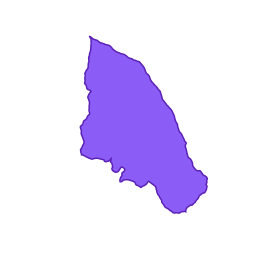 Ruepisa, Wangdi Phodrang, Bhutan (Equal Earth projection), rotated 157°
{"feature_id": "84629894B47901648046717", "entity_name": "Ruepisa", "entity_type": "district", "adm_level": 2, "iso_a3": "BTN", "parent_name": "Bhutan", "parent_adm1": "Wangdi Phodrang", "projection": "equal_earth", "projection_center": [89.954, 27.397], "detail": "fine", "context": "isolated", "style": "filled", "palette": "violet", "viewbox_px": 256, "rotation_deg": 157, "n_neighbors": 0, "source": "geoboundaries", "source_scale": "gbopen_adm2", "svg_char_len": 5745}
<svg xmlns="http://www.w3.org/2000/svg" viewBox="0 0 256 256"><g transform="rotate(157 128 128)"><path d="M181.3,121.4L180.1,120.8L176.0,115.8L173.4,113.4L171.6,113.2L169.1,112.6L167.5,111.8L162.6,108.1L162.6,106.5L162.0,105.9L161.7,105.7L161.1,105.5L160.2,105.4L159.9,105.3L159.6,105.2L159.3,105.1L158.6,105.1L157.8,105.5L156.3,106.1L155.6,106.4L155.9,105.8L156.1,105.2L157.1,104.2L157.2,103.7L157.1,103.0L156.7,102.1L156.8,100.6L157.1,99.4L157.6,97.7L158.5,97.3L158.9,96.4L158.8,94.8L158.3,94.1L157.8,93.2L156.7,92.1L156.0,91.9L154.8,91.7L153.9,91.8L152.8,92.5L152.6,92.7L152.2,93.1L151.1,93.6L150.4,94.2L150.1,94.3L149.8,94.4L149.5,94.5L149.1,94.7L148.8,94.5L148.6,94.2L148.2,93.8L147.9,93.2L147.7,92.9L147.5,92.6L147.3,92.2L147.2,91.9L147.2,91.5L147.3,91.1L147.4,90.7L147.7,90.2L149.2,89.4L150.3,89.3L150.6,89.2L150.9,89.0L151.3,88.6L151.5,88.1L151.6,87.8L151.8,87.3L152.0,86.9L152.3,86.5L152.7,86.3L153.7,85.6L154.0,85.4L155.2,84.1L156.0,82.9L156.3,81.7L155.6,81.2L154.3,81.2L153.5,81.7L153.1,81.6L151.9,81.8L150.5,81.3L149.3,81.0L147.4,79.8L144.9,77.6L143.8,76.6L143.1,75.7L142.8,75.2L142.9,73.1L142.5,72.0L141.3,71.2L140.3,69.7L139.5,68.4L139.0,68.2L138.5,68.4L137.6,68.6L136.8,68.7L135.8,68.6L133.1,69.1L132.5,69.5L132.1,69.7L131.5,70.2L130.8,70.7L130.2,70.8L129.6,70.6L128.5,68.7L125.9,64.2L125.6,63.4L125.6,62.5L125.7,61.3L126.0,60.4L126.0,59.3L126.4,57.9L126.5,55.3L126.2,54.6L125.9,53.3L126.0,52.2L125.9,51.8L125.8,51.5L125.8,51.1L125.8,50.5L125.5,49.5L125.4,48.9L125.4,48.6L125.5,47.6L125.9,46.5L125.9,46.2L125.5,45.1L125.1,42.8L124.9,41.3L124.6,40.3L124.0,39.6L123.0,38.4L122.6,37.7L122.0,36.9L121.6,35.7L121.0,35.1L120.7,34.5L120.3,34.0L119.9,32.9L119.7,32.6L119.4,32.3L119.0,32.0L118.7,31.8L118.3,31.5L117.4,31.3L116.5,31.1L116.1,30.9L115.7,30.6L115.4,30.3L114.9,30.0L114.3,29.8L113.7,29.6L113.3,29.7L112.8,29.8L112.1,30.0L111.5,30.0L110.8,29.8L110.3,29.6L109.7,29.4L108.6,29.2L108.3,29.1L107.6,28.3L107.2,29.0L107.0,29.8L106.7,30.2L106.1,30.7L104.6,31.8L104.1,32.0L103.7,32.1L103.4,32.0L102.0,32.3L100.6,32.6L99.4,32.1L98.9,32.0L98.6,32.1L97.7,32.5L96.8,33.0L96.5,33.1L95.8,33.2L95.3,33.4L94.9,33.6L94.4,34.0L93.9,34.5L92.8,35.0L91.3,35.6L90.5,36.1L90.3,36.3L89.4,37.3L89.1,37.6L88.4,37.9L88.1,38.1L87.6,38.0L87.2,38.1L86.3,38.5L85.3,38.6L84.9,38.8L84.1,38.7L83.5,38.6L83.0,38.4L82.7,38.5L82.2,38.8L80.8,40.0L80.2,40.3L79.8,40.9L78.2,43.2L78.1,43.6L78.0,44.3L78.1,44.8L78.2,45.2L78.2,45.6L78.0,45.8L77.7,46.1L77.1,46.6L76.7,47.0L76.5,47.4L76.4,47.8L76.3,48.6L76.1,49.0L75.6,49.5L75.3,49.7L75.1,49.9L74.8,50.5L74.7,51.0L74.9,52.1L75.2,52.9L75.7,53.6L76.9,55.1L77.3,55.8L77.4,56.2L77.4,56.8L77.5,57.3L77.6,57.9L77.8,58.3L77.9,58.9L77.9,59.2L78.2,60.1L78.3,60.4L78.7,60.7L79.2,60.9L79.5,61.0L80.2,61.1L81.5,62.2L82.2,63.8L82.7,65.8L83.3,67.6L82.7,69.4L82.3,71.3L82.3,73.2L82.7,75.3L83.8,76.9L84.0,78.6L83.7,80.8L83.3,82.7L82.9,85.1L82.7,86.2L82.6,87.7L82.5,88.3L82.5,88.8L82.2,89.3L81.9,89.8L80.9,90.6L80.5,91.0L80.3,91.6L80.3,92.1L80.6,92.8L81.0,93.8L80.8,95.9L81.0,98.0L81.0,99.5L81.1,100.8L81.1,101.3L81.2,102.0L81.4,102.6L81.6,103.3L81.9,103.9L82.1,104.6L82.0,106.6L81.9,107.2L81.8,109.1L81.7,110.0L81.4,110.8L81.3,111.4L81.1,111.8L81.2,112.3L81.1,112.9L81.4,114.4L81.5,115.6L81.2,118.5L80.8,120.5L80.7,122.4L80.8,124.3L80.8,126.0L81.0,127.6L81.2,128.1L81.4,128.6L81.4,129.0L81.6,129.5L81.8,129.8L82.0,130.3L82.4,131.7L82.6,132.6L83.2,133.6L83.5,134.9L83.8,136.3L84.0,137.0L84.1,137.6L84.3,138.3L84.5,138.8L84.7,139.6L85.0,140.2L85.0,140.8L85.1,141.4L85.0,142.0L84.8,142.7L84.8,143.4L84.7,143.9L84.5,144.5L84.5,145.1L84.4,145.8L84.4,146.3L84.3,146.7L84.3,147.3L84.1,148.9L84.1,149.4L84.3,150.1L84.6,150.6L84.8,151.1L85.0,151.6L85.2,152.7L85.4,154.0L85.6,154.7L86.3,156.2L86.5,156.8L87.0,158.2L87.2,158.8L87.3,159.4L87.7,160.1L87.8,160.8L88.1,161.2L88.4,163.4L88.3,165.6L88.2,167.5L88.7,169.5L89.6,170.8L89.8,172.7L89.6,175.1L89.6,177.3L90.0,179.2L90.5,181.0L91.1,182.7L91.7,184.6L93.6,186.0L94.7,187.3L96.4,188.5L97.4,190.3L99.5,191.8L100.6,193.3L101.4,195.2L102.6,197.0L105.4,199.2L106.6,200.5L108.7,202.4L109.8,204.1L110.8,205.7L112.0,209.3L112.0,209.6L112.5,210.4L112.8,211.2L113.4,211.6L114.6,212.6L115.6,213.3L116.1,213.7L117.4,215.1L119.3,216.6L120.5,217.7L121.3,219.2L122.1,220.7L123.6,221.9L125.5,223.8L126.5,225.9L127.7,227.7L127.5,226.4L127.4,225.0L127.4,224.5L127.4,223.7L127.5,223.3L127.8,222.8L128.1,222.5L128.2,222.1L128.5,221.1L128.7,220.7L129.1,219.8L129.4,219.3L129.6,218.9L130.7,216.7L131.0,216.1L132.4,213.6L132.9,213.0L133.8,212.2L134.1,211.8L134.8,210.7L135.0,210.2L135.7,209.2L136.2,208.9L136.7,208.2L137.2,206.8L137.2,206.4L137.5,205.9L137.7,205.2L138.1,204.3L139.0,203.4L139.4,202.8L139.5,202.4L139.7,202.0L140.0,201.7L140.6,200.2L141.1,199.3L141.3,199.1L141.8,198.5L142.4,198.1L142.7,198.0L143.2,197.7L144.4,196.9L144.9,196.5L145.2,196.1L145.5,195.9L145.8,195.6L146.2,195.3L146.5,195.0L146.5,194.6L146.5,194.1L146.7,193.5L146.9,193.0L147.3,192.4L147.6,191.8L148.0,191.2L148.3,190.6L148.6,189.8L148.7,189.2L148.9,188.8L149.1,188.1L149.4,187.6L150.1,186.7L150.4,186.1L150.5,185.7L150.4,185.2L150.2,184.9L149.9,184.4L149.9,183.7L150.0,182.6L150.1,181.9L150.4,180.9L150.4,180.2L150.1,179.3L149.6,178.7L148.8,178.2L148.4,177.8L147.9,177.0L147.6,176.2L147.8,175.9L148.6,175.9L149.1,175.5L150.0,174.9L151.4,173.8L152.3,172.8L152.9,172.2L153.1,171.4L153.1,170.0L153.2,168.1L153.5,166.4L155.4,162.9L156.0,161.4L157.1,159.3L157.5,156.7L158.0,155.8L160.4,154.8L162.3,153.0L163.4,152.4L166.2,151.7L167.9,149.4L169.4,148.6L171.0,148.2L171.5,147.5L171.9,145.5L171.9,143.7L173.0,141.9L173.5,140.0L173.4,137.3L173.6,135.3L173.6,134.3L173.7,132.9L174.5,131.2L176.6,129.5L178.0,128.1L179.1,127.2L179.9,127.0L180.6,125.3L181.0,123.4L180.9,122.4L181.3,121.4Z" fill="#8b5cf6" stroke="#5b21b6" stroke-width="1.5"/></g></svg>